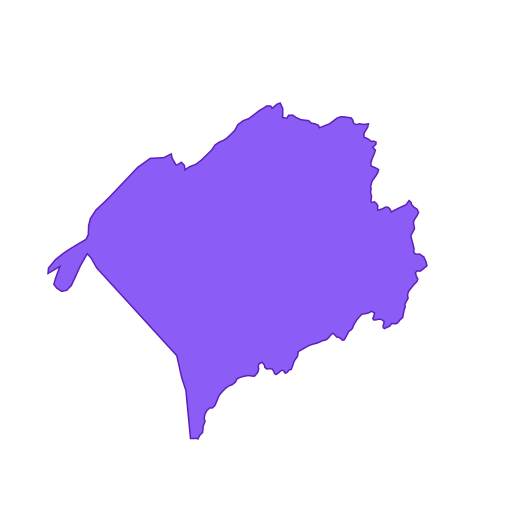 Kecil Lojing, Kelantan, Malaysia, rotated 227°
{"feature_id": "92858781B76636493709189", "entity_name": "Kecil Lojing", "entity_type": "district", "adm_level": 2, "iso_a3": "MYS", "parent_name": "Malaysia", "parent_adm1": "Kelantan", "projection": "equal_earth", "projection_center": [101.527, 4.769], "detail": "fine", "context": "isolated", "style": "filled", "palette": "violet", "viewbox_px": 512, "rotation_deg": 227, "n_neighbors": 0, "source": "geoboundaries", "source_scale": "gbopen_adm2", "svg_char_len": 3576}
<svg xmlns="http://www.w3.org/2000/svg" viewBox="0 0 512 512"><g transform="rotate(227 256 256)"><path d="M161.8,88.8L163.3,92.9L163.3,96.4L166.1,99.8L167.4,101.0L168.9,104.1L169.9,106.1L172.5,107.3L174.9,110.4L175.5,111.9L176.6,115.0L176.3,118.8L174.6,120.5L174.6,123.6L175.9,126.8L177.6,130.5L179.3,134.2L179.8,138.8L180.0,143.7L179.6,147.2L178.1,150.9L177.8,154.9L179.1,158.3L178.1,161.5L177.0,163.8L174.4,168.1L172.1,170.4L171.4,170.7L169.1,173.0L169.5,176.7L169.9,178.4L171.6,181.0L173.8,182.4L175.1,184.7L174.2,187.9L170.8,187.9L168.6,186.5L166.1,186.7L164.2,189.3L162.2,190.8L159.0,190.2L157.3,189.3L155.6,189.9L155.2,192.2L155.2,195.3L154.5,197.4L153.3,197.9L150.3,197.4L149.6,199.6L150.1,202.5L149.0,204.5L152.6,211.4L153.5,213.7L154.1,217.4L156.0,220.3L157.3,221.7L154.5,233.5L152.6,237.8L150.7,241.0L149.6,244.1L148.7,247.1L147.2,249.3L146.8,251.2L146.7,253.6L147.2,256.3L147.2,259.3L145.7,259.8L143.2,259.8L141.6,259.8L140.0,261.1L138.0,261.6L135.4,261.8L134.5,263.3L135.3,265.9L136.0,268.1L136.7,269.9L137.6,272.1L137.1,275.2L137.4,277.4L138.5,279.3L140.0,283.9L140.5,286.1L141.1,290.5L141.1,292.3L141.3,293.8L139.4,296.4L137.5,299.7L136.9,302.8L135.3,303.2L133.4,303.9L132.2,301.9L130.5,298.7L128.7,298.6L127.5,300.2L125.9,302.8L124.8,303.9L123.5,304.6L122.4,304.8L120.5,305.0L118.7,302.1L117.8,300.8L116.7,300.2L115.3,300.4L114.5,303.3L113.5,305.7L113.8,307.7L114.0,309.2L112.6,310.5L111.4,311.8L110.5,313.1L110.7,315.8L111.1,317.7L110.9,321.2L115.2,327.1L117.3,330.8L119.0,331.7L120.3,335.1L121.4,338.5L123.5,339.7L125.2,341.7L126.3,344.6L127.2,350.6L127.6,356.3L128.7,358.6L131.9,359.5L135.1,361.2L135.1,363.8L132.9,365.8L132.5,369.3L132.3,374.4L134.0,375.4L135.9,376.4L140.8,378.1L145.8,377.0L147.7,374.7L149.8,373.6L151.8,374.4L153.7,376.7L158.4,379.3L162.2,381.3L165.2,383.0L167.8,390.5L171.8,393.1L173.6,394.5L174.8,397.4L175.7,401.4L177.0,404.6L180.4,405.7L184.2,404.8L187.5,404.8L189.4,406.0L192.2,405.7L191.1,400.8L193.7,393.1L195.2,387.9L196.0,385.0L198.4,385.9L201.6,385.9L203.5,383.9L204.3,380.7L206.3,376.4L208.2,377.6L209.5,379.3L212.5,379.9L214.8,379.6L216.1,377.3L217.6,377.3L220.2,380.4L221.2,381.6L223.8,382.7L225.3,384.2L226.8,386.2L228.7,387.3L230.4,389.9L231.7,392.2L232.8,398.0L234.1,402.3L235.6,404.6L239.4,403.4L243.0,401.7L245.6,403.1L247.3,406.3L248.0,407.4L250.3,412.6L252.0,415.5L255.9,415.5L255.9,419.8L257.4,421.5L259.9,420.3L261.4,418.3L264.0,418.1L266.8,417.2L268.9,416.0L271.9,418.3L273.0,421.8L274.0,425.5L276.0,428.4L278.5,424.7L282.2,421.8L283.7,418.9L286.2,417.8L289.4,419.5L292.0,419.8L297.1,415.8L300.1,412.9L301.6,409.2L302.5,400.0L304.0,396.2L305.3,392.8L306.5,389.9L309.1,390.8L312.5,389.3L315.5,387.0L319.1,386.8L325.3,381.6L330.0,379.8L334.0,378.9L336.7,375.8L335.7,372.6L339.0,369.9L345.7,376.2L351.4,378.0L352.7,374.9L353.0,368.6L355.7,369.0L358.4,366.3L359.1,361.9L360.1,357.8L360.7,351.1L361.4,344.4L363.7,339.0L364.4,332.3L362.4,326.4L362.1,320.2L362.1,314.8L362.7,311.2L364.4,306.7L365.1,301.8L363.7,295.9L363.4,281.1L364.1,274.4L366.7,268.1L367.4,262.8L371.1,265.4L375.4,265.4L376.4,260.5L377.1,259.6L384.8,261.4L388.4,263.7L389.3,260.8L390.8,255.6L399.5,245.3L401.5,230.0L399.1,190.6L398.8,181.6L398.8,170.4L396.4,160.5L392.4,154.3L386.1,148.0L384.1,143.1L386.4,132.8L388.4,122.9L389.4,116.2L390.1,107.2L388.7,96.0L385.1,92.0L382.1,105.4L376.4,94.2L373.1,88.8L368.4,88.4L362.7,89.7L360.0,94.2L360.4,100.9L364.4,110.8L368.7,121.1L372.7,134.1L367.0,134.1L356.0,131.4L237.1,130.1L218.1,118.9L205.4,113.0L167.2,83.6L165.4,85.5L163.5,87.8L161.8,88.8Z" fill="#8b5cf6" stroke="#5b21b6" stroke-width="1.5"/></g></svg>